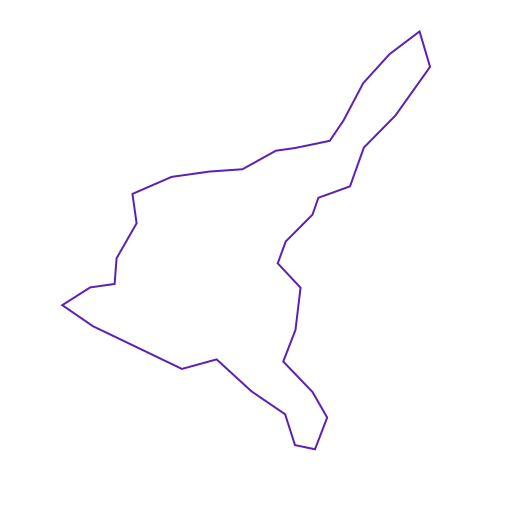 the border of Luqa, rotated 262°
{"feature_id": "MLT-5964", "entity_name": "Luqa", "entity_type": "state/province", "adm_level": 1, "iso_a3": "MLT", "parent_name": "Malta", "parent_adm1": "", "projection": "robinson", "projection_center": [14.484, 35.851], "detail": "fine", "context": "isolated", "style": "outline", "palette": "violet", "viewbox_px": 512, "rotation_deg": 262, "n_neighbors": 0, "source": "natural_earth", "source_scale": "10m", "svg_char_len": 603}
<svg xmlns="http://www.w3.org/2000/svg" viewBox="0 0 512 512"><g transform="rotate(262 256 256)"><path d="M154.5,166.9L209.2,84.7L234.3,57.3L248.0,87.5L248.0,112.1L273.1,117.6L305.0,142.3L334.7,142.3L346.1,183.4L346.1,221.7L343.8,254.6L357.5,290.3L357.5,309.4L359.8,345.1L378.0,361.5L412.2,386.2L437.3,416.3L455.6,449.2L419.1,454.7L375.7,413.6L348.4,377.9L311.9,358.8L305.0,325.9L289.1,317.7L266.3,287.5L245.7,276.5L218.4,295.7L177.3,284.8L147.7,268.3L113.5,293.0L86.1,304.0L56.4,287.5L63.3,268.3L95.2,262.8L122.6,232.7L159.1,202.6L154.5,166.9Z" fill="none" stroke="#5b21b6" stroke-width="2"/></g></svg>